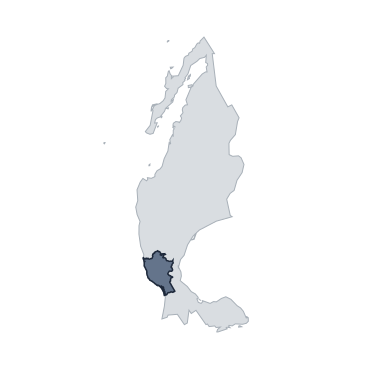 Oaxaca on a map of Mexico (orthographic projection), rotated 57°
{"feature_id": "MEX-2723", "entity_name": "Oaxaca", "entity_type": "State", "adm_level": 1, "iso_a3": "MEX", "parent_name": "Mexico", "parent_adm1": "", "projection": "orthographic", "projection_center": [-96.38, 17.163], "detail": "fine", "context": "in_parent", "style": "filled", "palette": "slate", "viewbox_px": 384, "rotation_deg": 57, "n_neighbors": 0, "source": "natural_earth", "source_scale": "10m", "svg_char_len": 8754}
<svg xmlns="http://www.w3.org/2000/svg" viewBox="0 0 384 384"><g transform="rotate(57 192 192)"><path d="M68.6,97.6L88.2,97.8L87.0,99.7L116.3,114.0L140.1,115.6L140.6,111.2L155.4,112.1L157.7,115.4L167.5,124.4L169.6,131.7L171.3,134.5L180.9,140.5L184.2,138.5L187.0,133.3L190.0,132.2L197.2,133.4L203.0,139.4L206.7,147.9L213.6,155.8L213.9,160.7L216.9,166.8L232.5,172.7L234.6,171.8L229.7,187.5L227.9,206.4L228.6,210.5L232.8,216.0L231.9,218.9L232.1,215.9L228.7,211.3L229.7,215.5L233.9,224.5L240.8,233.1L242.4,238.4L247.3,243.8L246.0,243.7L248.8,245.0L247.9,244.2L253.0,244.8L256.7,246.7L260.0,250.2L268.7,247.4L275.1,246.9L279.3,244.7L283.7,244.2L284.6,245.0L284.3,246.1L288.0,246.8L290.4,245.0L289.7,242.2L288.5,242.9L288.8,242.4L295.3,237.5L295.6,233.7L297.4,231.4L297.3,225.3L298.3,220.7L303.2,217.8L311.9,216.1L315.7,214.4L320.0,213.9L327.1,215.1L327.6,214.1L325.8,214.1L328.1,213.3L331.1,215.2L331.7,217.9L330.5,221.6L326.2,227.5L326.2,231.2L324.0,233.6L324.4,234.4L326.5,234.0L324.4,236.4L324.5,237.4L325.9,237.0L323.5,246.5L322.8,247.4L321.2,245.4L320.7,241.8L318.8,245.6L316.7,245.9L314.2,250.9L311.1,251.0L310.8,252.5L293.4,253.1L293.5,258.8L289.5,258.9L299.3,267.3L299.1,270.6L286.6,270.9L282.2,279.1L283.5,281.1L282.1,286.4L272.9,277.5L265.5,271.5L261.0,269.2L260.5,269.8L264.7,271.8L258.2,270.1L258.7,268.6L257.0,269.2L255.9,267.9L254.8,269.3L256.9,270.0L253.7,270.3L250.5,272.4L240.3,275.7L233.7,273.1L228.2,272.5L224.5,270.0L220.8,269.0L218.5,266.6L209.5,264.6L198.5,259.5L191.4,254.8L188.4,251.6L181.0,250.3L174.0,247.4L169.7,242.2L160.2,236.9L155.5,230.0L153.9,225.8L157.9,224.0L157.3,222.2L155.7,221.6L158.4,218.6L158.9,214.8L156.9,213.4L155.1,209.6L155.3,206.2L154.2,203.1L148.9,197.2L144.6,190.0L137.5,183.7L139.6,184.9L139.8,183.6L136.0,182.1L133.4,177.3L135.4,177.6L130.0,174.1L129.3,172.5L127.1,172.9L126.8,172.2L128.6,170.5L125.7,171.7L124.2,170.2L124.1,167.2L126.4,164.6L127.1,165.2L125.9,162.3L124.3,160.4L121.9,160.3L120.6,156.4L117.8,155.4L116.2,153.7L115.4,150.3L116.4,148.3L111.4,146.9L103.8,135.8L103.6,133.3L102.4,132.4L98.6,119.2L98.7,115.2L99.5,114.0L94.9,112.0L94.2,109.8L92.7,109.0L90.9,110.0L85.1,105.5L85.9,108.1L84.3,112.8L85.1,116.8L85.2,124.1L90.8,131.2L92.4,135.7L93.4,135.6L93.7,137.0L94.7,137.2L95.2,140.1L97.0,141.1L97.4,147.1L100.4,150.4L101.2,153.9L102.7,155.1L103.4,159.1L104.7,160.2L104.3,157.2L106.0,159.1L107.4,168.4L109.4,171.2L111.7,178.0L111.0,180.7L111.4,183.2L113.8,185.8L115.0,183.5L121.7,192.7L120.7,195.8L117.6,198.0L115.9,198.2L113.3,190.8L102.5,180.4L101.5,180.4L99.4,177.3L99.2,175.2L100.3,170.8L99.8,166.5L98.4,163.4L93.3,159.2L92.6,155.5L91.3,157.0L88.4,157.4L86.7,154.8L81.9,151.8L81.4,149.6L78.0,146.2L77.8,145.2L81.6,146.1L84.0,145.5L83.9,146.4L85.7,147.6L85.3,145.1L84.4,144.9L87.0,140.2L80.9,130.4L75.4,125.8L74.7,123.7L75.2,120.3L73.9,119.1L74.0,115.3L72.4,113.4L72.5,111.1L70.5,107.3L70.3,105.6L71.4,104.6L69.8,103.0L68.6,97.6ZM103.5,135.9L102.5,138.2L100.6,137.2L101.9,133.8L103.1,133.5L103.5,135.9ZM95.4,134.7L92.9,132.0L92.6,129.3L93.9,130.3L94.0,131.8L95.4,132.3L95.4,134.7ZM330.7,226.5L329.9,225.8L330.2,224.7L332.1,223.7L330.7,226.5ZM99.2,180.2L97.4,177.6L99.2,172.8L98.3,177.2L99.2,180.2ZM77.0,142.8L75.5,142.3L76.9,139.8L77.3,141.8L77.0,142.8ZM52.8,131.4L51.9,129.6L52.3,128.9L52.7,129.0L52.8,131.4ZM101.0,180.4L102.1,182.5L99.6,180.4L101.0,180.4ZM146.9,213.0L146.6,213.8L145.9,213.5L145.7,212.1L146.9,213.0ZM112.7,176.3L113.1,177.8L111.8,175.8L112.7,176.3ZM108.6,165.9L109.3,166.7L108.0,168.0L108.6,165.9ZM103.9,239.3L103.4,239.5L102.6,238.8L103.3,238.0L103.9,239.3ZM286.8,244.2L285.2,244.6L287.9,243.7L286.8,244.2ZM119.0,185.4L118.3,185.2L118.3,183.7L119.0,185.4Z" fill="#d9dde1" stroke="#a8b0b8" stroke-width="1"/><path d="M263.6,271.5L261.3,270.6L260.9,270.3L260.4,270.2L259.0,270.2L258.8,270.1L258.6,270.0L258.3,270.1L257.9,270.1L257.7,270.1L257.6,269.9L257.8,269.8L258.6,269.5L259.0,269.2L259.0,268.8L258.9,268.7L258.5,268.6L258.3,268.4L258.2,268.4L258.1,268.5L257.8,268.7L257.6,268.9L257.2,269.1L257.1,269.4L257.0,269.5L256.9,269.3L256.8,269.2L257.1,268.9L257.1,268.6L256.9,268.5L256.8,268.1L256.7,268.0L256.5,267.8L256.4,267.8L256.1,267.8L255.9,267.9L255.7,268.1L255.3,268.8L255.2,268.8L254.6,268.8L254.7,269.0L254.4,269.1L254.3,269.3L254.5,269.5L255.0,269.6L255.3,269.6L255.9,269.6L256.2,269.5L256.3,269.4L256.5,269.2L256.6,269.4L256.3,269.5L255.9,269.6L255.6,269.7L256.0,269.7L256.8,269.7L257.1,269.8L257.3,270.0L257.2,270.1L256.7,269.9L256.0,270.0L254.3,270.3L254.0,270.3L253.8,270.2L253.5,270.2L253.4,270.3L253.5,270.4L253.4,270.5L253.1,270.4L253.0,270.5L252.7,270.5L252.6,270.8L252.4,270.8L252.2,270.9L252.2,271.0L251.7,271.2L251.5,271.3L251.3,271.7L251.4,271.9L251.2,271.9L251.1,272.1L250.8,272.2L250.8,272.3L250.2,272.4L250.1,272.5L249.4,272.6L249.1,272.7L249.0,272.9L248.5,273.1L248.1,273.1L247.6,273.2L247.4,273.3L247.0,273.5L246.4,273.7L245.6,273.9L245.6,274.0L245.2,274.1L245.0,274.3L244.8,274.3L244.5,274.5L244.4,274.5L244.2,274.6L244.0,274.8L243.3,275.2L243.0,275.4L242.5,275.3L241.7,275.4L241.1,275.2L240.9,275.4L240.7,275.5L240.3,275.6L239.9,275.6L239.3,275.4L238.6,275.1L237.4,274.9L237.0,274.9L236.2,274.4L235.3,274.1L235.1,273.9L234.9,273.6L234.5,273.5L234.0,273.1L233.5,273.0L233.0,272.8L232.8,272.8L232.2,272.7L232.0,272.8L231.1,272.7L230.4,272.5L230.1,272.5L229.6,272.4L229.1,272.4L228.9,272.5L228.0,272.3L227.8,272.2L227.7,272.1L227.4,272.0L226.4,271.2L226.0,271.0L225.0,270.4L224.7,270.3L224.3,270.2L224.2,270.0L224.7,270.1L225.0,270.2L224.8,269.9L224.6,270.0L224.4,269.9L224.2,269.8L224.2,269.7L224.1,269.8L223.9,269.8L223.7,269.8L222.8,269.5L221.5,269.3L220.7,268.9L220.6,268.6L220.8,268.5L221.0,268.4L221.3,268.4L222.0,268.3L222.3,268.2L222.5,267.9L222.7,267.7L222.8,267.4L222.5,266.8L222.5,266.5L222.6,266.4L222.9,266.2L223.4,266.3L223.6,266.2L223.7,265.8L223.7,265.6L223.6,265.0L223.8,264.9L224.2,265.0L224.3,265.0L224.8,264.7L225.0,264.5L225.1,264.4L225.2,264.2L225.3,263.3L225.3,263.0L225.7,262.4L225.9,262.1L225.9,261.8L225.8,261.6L225.5,261.1L224.9,260.3L224.5,259.8L224.4,259.8L224.0,259.8L223.7,259.7L223.4,259.2L222.9,258.9L222.7,258.6L222.8,258.3L222.9,258.2L222.7,257.7L222.8,257.4L222.8,257.1L222.7,257.1L222.3,256.6L222.3,256.3L222.3,256.2L222.5,256.1L222.2,255.7L222.3,254.8L222.5,254.1L222.8,253.3L222.8,253.1L222.6,252.9L223.0,252.6L223.3,252.8L223.7,252.7L223.9,252.5L224.1,252.1L224.3,251.8L224.3,251.7L224.6,251.6L225.9,251.7L226.7,251.5L226.8,251.6L227.0,252.2L227.0,252.5L227.4,252.8L227.8,252.6L228.4,252.1L228.6,251.9L228.5,251.5L228.4,251.3L228.2,251.1L227.9,250.8L227.8,250.7L227.8,250.3L228.0,250.0L228.7,248.9L228.8,248.7L228.9,248.8L229.2,248.7L229.5,248.4L229.8,248.3L229.8,248.7L229.5,249.4L229.4,249.9L229.5,250.2L229.6,250.3L230.0,250.6L230.4,250.9L230.5,251.0L230.5,251.4L230.9,252.0L231.0,252.1L231.4,252.1L231.5,252.0L231.6,251.9L231.9,251.2L232.2,250.8L232.6,250.5L233.2,250.2L233.6,250.2L233.8,250.2L234.5,250.5L235.4,250.7L235.7,250.7L235.9,250.5L236.1,250.2L236.3,249.9L236.6,249.6L236.8,249.5L237.3,249.3L237.6,249.1L237.8,248.9L237.9,248.5L238.1,248.2L238.2,247.8L238.8,247.1L239.0,246.9L239.1,246.5L239.1,246.2L238.9,245.5L238.8,245.2L239.5,245.8L239.8,246.0L240.2,246.1L240.9,246.3L241.1,246.3L241.3,246.5L241.6,247.6L241.8,248.0L242.0,248.4L242.5,248.7L242.7,248.9L242.8,249.1L243.0,249.9L243.3,250.1L243.5,250.1L243.6,250.3L243.9,250.5L244.0,250.5L244.3,250.3L244.4,250.2L244.5,250.2L244.9,250.3L245.3,250.3L245.5,250.3L246.0,250.5L246.5,250.6L246.8,250.7L247.0,251.0L247.2,251.7L247.4,252.0L247.2,252.5L246.9,252.9L246.2,253.7L246.1,254.1L246.1,254.4L246.2,254.7L247.2,256.6L247.3,256.8L247.9,257.0L248.1,256.9L248.5,256.7L249.0,256.8L249.2,256.7L249.5,256.6L249.5,256.4L250.0,256.1L250.3,256.1L250.5,255.7L250.9,255.6L251.3,255.6L251.4,255.4L251.7,255.3L251.9,255.2L252.0,255.1L252.1,254.9L252.5,254.9L252.5,254.7L252.8,254.6L253.0,254.8L252.9,255.5L252.5,255.7L252.5,255.8L252.4,256.1L253.3,257.2L253.9,257.8L254.1,258.1L254.6,258.2L254.9,258.4L255.0,258.5L255.1,258.8L255.0,259.0L255.2,259.6L255.5,259.8L256.1,259.9L257.3,259.9L259.7,260.1L265.8,260.4L265.8,260.6L265.9,260.9L265.8,261.8L265.6,261.7L265.5,261.9L265.5,262.2L265.5,263.0L265.4,263.1L264.9,263.5L264.3,263.8L264.2,263.9L264.2,264.1L264.3,264.9L264.3,265.1L264.2,265.5L263.6,266.5L263.4,266.9L263.5,267.3L263.6,267.5L264.1,268.6L264.3,269.0L264.3,269.3L264.2,269.7L264.2,270.0L263.9,270.5L263.7,270.4L263.5,270.2L263.4,269.8L262.9,269.9L262.5,270.0L262.1,269.9L261.7,269.7L261.3,269.4L261.1,269.2L260.8,269.1L260.6,269.1L260.6,269.3L260.6,269.6L260.4,269.6L260.6,269.7L260.6,269.8L260.4,269.8L261.3,270.4L261.8,270.6L262.1,270.6L261.4,270.3L261.4,270.2L261.6,270.2L262.0,270.4L262.4,270.4L262.5,270.4L263.0,270.7L263.0,270.8L262.9,270.8L263.6,271.0L263.8,271.0L263.6,271.5Z" fill="#64748b" stroke="#1e293b" stroke-width="1.5"/></g></svg>